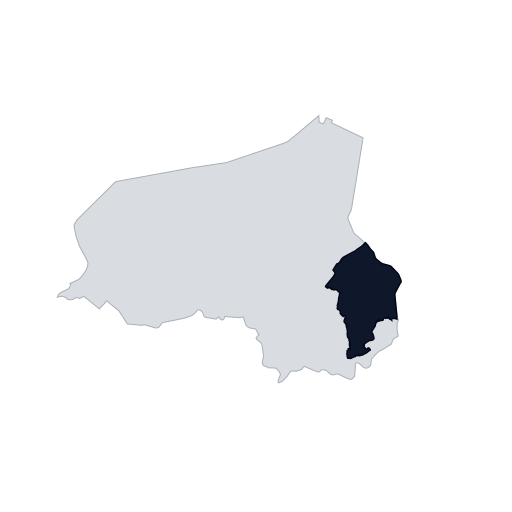 Ninawa on a map of Iraq (Robinson projection), rotated 130°
{"feature_id": "IRQ-3051", "entity_name": "Ninawa", "entity_type": "Province", "adm_level": 1, "iso_a3": "IRQ", "parent_name": "Iraq", "parent_adm1": "", "projection": "robinson", "projection_center": [43.286, 36.005], "detail": "fine", "context": "in_parent", "style": "filled", "palette": "ink", "viewbox_px": 512, "rotation_deg": 130, "n_neighbors": 0, "source": "natural_earth", "source_scale": "10m", "svg_char_len": 7958}
<svg xmlns="http://www.w3.org/2000/svg" viewBox="0 0 512 512"><g transform="rotate(130 256 256)"><path d="M213.3,105.7L216.4,104.9L222.1,100.3L225.5,96.0L226.5,95.6L229.6,97.0L231.7,97.4L236.7,95.7L239.6,96.6L242.1,97.7L243.5,97.8L250.2,100.5L251.8,100.8L255.3,101.1L260.4,101.3L263.7,99.5L266.0,97.8L267.6,97.9L269.2,98.3L270.6,99.0L271.7,100.3L272.2,102.1L272.0,107.9L272.5,109.4L273.4,110.5L274.6,110.7L276.0,109.5L278.4,107.6L281.4,105.6L283.6,103.8L284.9,103.1L286.9,103.2L288.9,103.5L290.0,104.4L290.0,104.7L291.1,107.4L293.8,117.6L295.3,118.9L297.0,120.0L298.2,121.5L298.7,123.0L298.5,125.4L298.6,128.2L299.3,130.3L300.3,131.9L301.3,132.7L302.6,132.7L304.3,133.1L305.4,134.7L309.0,146.3L309.3,147.8L310.8,148.3L313.3,148.1L315.8,149.3L318.5,151.2L321.0,154.7L322.7,155.3L328.0,154.8L335.2,155.3L338.7,157.2L338.3,158.3L335.7,159.6L331.1,161.0L329.8,163.5L329.1,166.8L329.2,168.6L330.4,170.6L333.7,174.6L333.9,176.0L334.5,178.0L335.1,179.4L334.4,182.0L331.5,183.9L327.6,185.9L319.9,194.8L319.3,196.7L319.4,201.9L318.6,203.4L316.2,203.4L314.2,203.1L314.1,205.0L312.9,207.4L312.2,209.6L315.2,214.6L315.7,217.3L315.2,219.7L312.6,223.9L311.0,226.7L311.4,227.4L313.5,228.5L320.1,237.7L322.2,241.0L324.9,240.1L325.9,240.2L326.7,240.7L327.2,241.8L327.3,243.2L326.6,245.3L330.1,246.1L331.3,248.2L335.5,255.4L335.4,257.5L333.4,260.9L333.4,263.2L333.9,265.2L334.5,265.9L340.5,266.2L343.1,267.0L349.4,270.7L356.5,276.3L362.4,281.0L367.4,284.9L372.8,284.6L374.2,285.3L375.6,286.5L377.1,289.8L380.3,297.1L382.9,299.5L387.0,305.4L390.8,310.9L388.4,318.3L386.1,326.1L386.3,336.1L386.3,341.5L391.5,341.7L397.2,342.0L397.3,348.4L397.4,354.9L397.6,362.2L399.3,362.5L402.0,364.1L403.1,366.5L404.6,367.8L406.3,368.0L408.0,369.2L409.8,371.3L410.4,373.0L410.0,374.1L410.4,376.0L411.6,378.8L413.0,380.1L415.3,381.7L412.3,382.6L409.0,381.9L402.0,378.7L399.7,378.6L396.8,379.8L396.7,380.9L389.2,377.3L386.6,376.5L385.6,376.5L381.4,376.5L375.4,377.2L371.9,378.6L369.4,380.2L368.3,381.7L367.9,382.6L366.1,387.1L363.9,392.9L361.6,398.1L357.2,405.5L354.8,408.8L349.5,415.2L343.7,416.4L330.4,415.2L315.5,413.8L300.8,412.4L289.8,411.4L289.0,411.1L278.1,402.1L269.5,394.9L258.8,386.1L247.9,377.0L236.8,367.8L228.8,361.1L219.1,352.5L210.2,344.7L203.3,338.5L194.3,333.1L187.3,328.8L177.2,322.7L169.1,317.8L162.1,313.5L151.4,307.0L147.9,305.3L136.8,303.1L126.3,301.3L115.4,299.4L108.1,298.1L113.0,293.5L111.6,289.4L108.1,290.1L104.9,291.1L103.0,284.7L105.5,283.9L103.3,275.5L101.1,266.8L98.9,258.4L96.7,249.9L106.0,244.4L112.9,240.3L122.5,234.6L131.8,229.0L140.6,223.8L150.4,218.0L159.0,212.8L167.0,210.7L168.7,209.0L172.3,201.9L175.5,195.9L175.6,194.5L175.7,185.9L176.3,175.9L177.4,170.5L179.2,165.7L180.8,162.3L181.0,159.0L180.8,155.8L179.2,150.8L177.5,145.6L177.7,140.6L178.0,137.9L179.2,133.7L181.1,130.5L183.1,128.6L190.5,126.6L195.0,125.4L200.9,119.9L204.5,116.6L209.4,111.4L213.0,107.6L213.3,106.2L213.3,105.7Z" fill="#d9dde1" stroke="#a8b0b8" stroke-width="1"/><path d="M178.1,148.7L177.3,146.8L177.2,146.1L177.2,145.5L178.3,135.8L178.6,134.8L181.4,129.4L182.1,128.5L183.0,128.1L185.1,127.8L195.0,125.7L195.9,125.3L196.7,124.6L210.8,110.1L212.8,108.2L213.8,107.5L214.1,108.3L214.5,109.2L215.0,110.1L216.2,111.2L216.8,111.6L217.4,111.6L218.0,110.9L218.0,111.5L217.9,112.3L217.9,112.9L218.4,113.0L218.2,113.9L218.2,114.2L218.5,114.5L218.9,115.2L218.0,115.2L217.9,115.6L218.2,115.9L218.9,115.7L219.8,116.2L220.4,116.6L220.8,117.8L221.3,118.0L222.7,118.0L222.8,118.0L223.0,117.8L223.1,117.6L223.4,117.5L223.8,117.6L224.1,117.8L225.1,118.9L225.6,119.4L225.9,119.5L226.2,119.6L226.4,119.6L226.7,119.9L226.0,120.2L225.7,120.4L225.6,120.7L225.8,121.0L226.2,121.0L227.3,120.4L227.6,120.5L228.0,120.7L228.3,120.9L228.4,121.2L228.7,121.8L229.0,121.3L229.3,121.1L229.6,121.0L230.1,121.0L230.5,121.1L233.1,119.7L237.3,119.1L238.6,119.0L239.6,118.5L240.1,118.1L240.3,117.5L240.5,116.8L240.8,116.0L241.8,114.5L242.7,113.3L243.0,112.9L243.4,112.6L243.9,112.4L245.2,112.6L245.6,112.8L246.1,113.2L246.6,113.6L247.5,114.3L248.1,114.8L249.1,115.3L253.7,116.5L254.2,116.6L254.4,116.6L254.5,116.4L254.5,116.2L254.6,115.8L254.7,115.7L254.9,115.5L255.2,115.5L255.8,115.7L256.0,115.7L256.2,115.2L256.3,115.0L256.3,114.8L256.3,114.6L256.2,114.5L256.2,114.3L256.2,114.2L256.2,113.9L256.1,113.6L256.3,113.5L256.5,113.4L256.6,113.2L256.9,112.7L256.9,112.3L256.9,112.1L256.8,111.8L256.7,111.7L256.3,111.5L255.8,111.4L255.5,111.2L255.3,111.2L254.8,111.2L254.6,111.1L254.1,110.8L254.1,110.7L253.9,110.3L253.9,110.2L253.9,109.9L254.0,109.6L254.1,109.3L254.1,109.0L254.1,108.8L254.2,108.7L254.3,108.4L254.6,108.1L254.8,108.0L255.1,108.1L255.6,108.4L256.0,108.5L258.2,108.9L259.1,109.2L260.1,109.4L262.2,110.5L262.9,110.7L263.1,110.6L263.3,110.7L263.4,110.8L264.1,111.5L264.8,111.9L265.2,112.2L265.6,112.4L265.8,112.6L266.0,112.8L266.0,113.0L266.3,113.4L266.3,113.5L266.2,113.6L266.0,113.8L266.5,113.8L266.8,113.8L267.1,114.2L267.2,114.4L267.1,114.6L267.1,114.8L267.4,115.2L267.5,115.2L267.9,115.2L268.0,115.2L268.3,115.2L269.3,115.3L269.5,115.5L269.8,115.8L270.0,116.0L273.0,117.3L273.6,117.7L273.8,117.8L274.0,118.0L274.1,118.5L274.5,119.0L274.6,119.3L274.8,119.7L275.0,119.6L275.3,119.8L275.3,120.1L275.1,120.5L274.0,121.9L273.1,122.7L272.6,123.5L272.0,123.7L271.8,123.8L270.9,124.6L270.4,124.9L270.0,125.3L269.6,125.3L269.5,125.2L269.4,125.0L269.3,124.9L269.1,124.9L268.8,124.9L268.5,125.1L268.4,125.1L268.1,125.1L268.0,125.4L268.0,125.6L267.9,125.7L267.6,125.7L267.5,125.4L267.6,125.1L267.6,124.9L267.4,124.9L267.1,124.9L266.9,125.0L266.8,124.9L266.7,124.9L266.5,124.6L266.4,124.4L266.3,124.5L266.3,124.8L266.4,125.0L266.2,125.1L265.9,125.1L265.6,125.3L264.8,126.2L264.7,126.5L264.5,126.9L264.1,127.1L263.9,127.4L263.5,127.7L263.3,127.8L263.1,127.7L262.9,127.5L262.8,127.4L262.7,127.4L262.6,127.5L262.6,127.8L262.6,128.3L262.6,128.5L262.4,128.7L262.1,128.8L261.9,128.8L261.1,128.7L261.0,128.8L260.9,129.0L260.9,129.4L261.0,129.5L261.1,129.8L261.1,130.1L261.1,130.3L261.0,130.5L260.7,130.7L260.4,130.9L260.2,130.9L259.6,130.9L259.4,131.0L259.5,131.5L259.6,131.8L259.6,132.4L259.4,133.2L258.9,134.1L257.5,135.6L257.0,136.1L256.4,136.5L256.2,136.6L255.7,137.1L255.0,137.4L254.7,137.6L254.5,138.0L254.1,138.6L253.8,139.0L252.8,139.9L252.6,140.1L252.5,140.6L252.1,141.3L251.5,141.8L251.2,141.8L250.9,142.3L250.9,142.6L250.8,142.8L250.1,144.1L250.0,144.4L250.0,144.6L250.1,145.4L250.0,145.6L249.9,145.8L249.5,146.4L249.1,146.8L245.0,148.5L244.7,148.9L244.9,149.8L245.3,150.2L245.8,150.2L246.2,150.2L246.3,150.5L246.3,151.2L246.0,153.9L245.7,154.7L245.4,154.9L245.2,155.0L244.8,155.1L244.6,155.3L243.9,156.9L243.8,157.3L243.8,157.7L243.9,157.9L244.4,159.1L244.1,159.4L243.9,160.2L243.6,160.4L243.1,160.4L242.7,160.6L242.4,160.9L241.9,161.7L241.5,162.0L240.9,162.2L240.3,162.6L238.1,163.5L234.3,166.1L233.7,166.2L233.1,166.4L232.4,167.1L232.0,167.3L231.1,167.7L230.9,167.7L230.8,167.8L230.7,167.8L230.4,167.8L230.2,167.9L230.1,168.1L230.0,168.3L229.9,168.4L229.8,168.5L230.1,168.9L230.4,169.7L230.5,170.0L230.4,170.2L230.2,170.5L230.0,170.8L229.9,171.3L230.0,171.6L230.0,171.9L230.2,172.2L230.2,172.7L230.3,172.9L231.1,174.0L231.4,174.3L231.9,174.6L232.0,174.8L232.2,175.1L232.2,175.4L232.3,175.7L232.6,176.7L232.7,176.8L232.8,176.8L233.0,176.8L233.0,177.1L232.8,177.4L232.8,177.6L232.8,177.9L232.7,178.5L232.7,178.8L232.8,178.9L233.0,178.9L233.1,179.0L233.2,179.3L233.5,179.7L233.5,179.9L233.6,180.0L233.8,180.1L233.8,180.3L234.0,180.3L234.0,180.5L233.9,180.6L234.0,180.7L234.3,180.7L234.6,180.7L234.6,180.8L234.7,181.1L234.7,181.3L234.8,181.6L234.8,181.9L234.6,182.3L234.8,182.6L234.8,182.8L234.8,183.0L234.4,183.2L233.2,183.4L221.8,183.5L218.1,184.3L217.2,188.0L210.2,189.0L209.3,188.5L208.1,188.0L207.5,187.9L203.0,188.5L200.9,188.3L196.7,186.7L187.9,183.1L185.7,182.8L180.3,181.2L176.2,180.9L175.5,180.8L175.5,179.9L175.8,177.6L177.2,172.8L177.5,169.1L177.8,167.9L180.4,164.1L180.9,162.9L181.1,161.7L181.0,156.4L180.9,155.2L180.6,153.9L178.1,148.7Z" fill="#0f172a" stroke="#020617" stroke-width="1.5"/></g></svg>